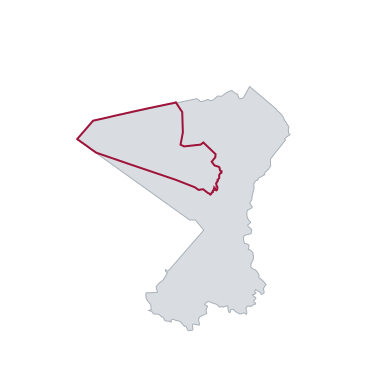 Tombouctou, Timbuktu, Mali shown in context, rotated 311°
{"feature_id": "8926073B54989133575544", "entity_name": "Tombouctou", "entity_type": "district", "adm_level": 2, "iso_a3": "MLI", "parent_name": "Mali", "parent_adm1": "Timbuktu", "projection": "robinson", "projection_center": [-3.022, 20.751], "detail": "fine", "context": "in_parent", "style": "outline", "palette": "rose", "viewbox_px": 384, "rotation_deg": 311, "n_neighbors": 0, "source": "geoboundaries", "source_scale": "gbopen_adm2", "svg_char_len": 6244}
<svg xmlns="http://www.w3.org/2000/svg" viewBox="0 0 384 384"><g transform="rotate(311 192 192)"><path d="M86.5,276.4L86.7,275.2L85.7,274.4L85.7,273.9L86.2,270.4L86.2,269.5L86.6,267.7L86.0,266.9L85.8,266.3L84.4,263.9L83.9,262.0L83.2,260.7L81.4,260.3L80.7,261.4L80.3,261.6L79.7,260.8L79.4,260.1L79.5,259.5L77.2,256.4L77.4,254.7L78.2,253.8L78.6,252.4L77.7,250.8L77.9,249.2L77.8,247.0L76.5,245.1L75.6,244.2L74.8,242.9L75.4,239.8L74.1,237.1L76.6,238.2L77.8,237.2L79.0,235.9L80.0,234.1L80.4,231.9L80.7,230.0L81.7,227.1L82.9,225.7L85.4,223.6L86.1,223.8L90.1,228.2L92.4,230.4L93.2,231.6L94.0,231.6L95.1,229.4L96.4,227.6L96.9,227.1L100.9,226.9L103.1,227.2L105.0,227.8L107.6,227.9L114.7,226.5L114.8,225.7L114.7,224.6L115.0,223.8L115.6,223.1L116.1,223.0L116.3,225.4L116.9,225.8L118.6,225.9L170.9,225.9L173.1,213.1L169.3,208.4L156.3,70.7L181.2,70.7L185.5,73.8L265.5,134.3L265.9,136.3L265.8,138.9L266.4,139.8L267.6,140.6L272.1,143.2L272.5,143.7L272.6,144.8L273.2,146.1L274.2,146.9L275.3,147.5L276.7,147.9L280.8,148.3L281.7,148.9L283.4,151.3L284.4,151.7L290.0,153.0L291.8,153.7L293.7,154.8L294.8,155.7L294.8,159.5L295.6,161.9L295.6,162.6L294.7,163.6L294.5,164.3L293.5,166.2L293.7,167.0L295.6,168.4L296.6,168.8L297.7,168.8L309.4,166.3L309.9,201.4L309.4,201.9L309.2,208.2L308.4,211.8L306.9,214.5L305.9,218.6L305.4,219.4L305.0,221.7L304.1,223.0L302.6,223.5L299.9,226.1L299.7,228.2L293.4,227.0L292.9,227.1L292.7,227.4L292.5,228.5L276.2,229.1L268.2,229.6L263.2,234.3L260.0,234.8L255.9,234.4L253.8,234.4L252.9,234.6L252.8,235.5L246.3,233.1L243.9,233.8L243.5,233.6L243.2,233.1L242.0,232.8L240.1,232.9L238.8,233.2L234.7,237.0L232.5,237.9L228.3,240.1L225.5,242.1L224.4,242.4L222.8,242.5L221.5,242.9L220.3,247.2L219.5,247.6L214.6,245.9L213.6,246.1L212.7,246.7L210.0,249.2L208.6,251.2L207.9,253.9L208.0,255.6L207.5,256.1L206.2,256.3L204.0,255.7L203.2,256.0L202.9,257.3L203.0,260.2L202.5,262.1L201.1,262.7L200.1,263.5L199.2,263.7L198.6,263.5L194.6,260.6L193.2,260.1L191.7,260.5L190.3,261.7L187.8,264.8L188.0,265.9L188.7,267.1L189.2,268.7L189.2,270.1L185.6,272.1L186.4,273.6L186.3,277.5L184.6,279.4L184.0,280.5L182.4,281.8L181.0,282.5L176.6,283.6L174.8,284.9L174.0,285.9L173.8,287.0L173.9,288.2L174.8,290.9L174.5,293.3L173.8,296.0L173.1,297.3L171.0,298.7L171.4,300.5L171.5,303.1L171.2,306.5L170.6,308.8L170.1,308.6L168.1,308.7L165.9,309.4L165.2,309.9L165.0,310.7L163.2,312.6L162.0,312.4L160.9,312.0L160.3,311.5L160.2,311.2L160.9,309.7L161.0,309.2L160.3,306.6L160.4,306.0L160.1,304.0L160.0,303.9L157.6,304.8L157.5,305.1L157.9,306.4L157.6,306.6L156.8,306.6L155.6,306.2L154.3,305.0L154.0,305.4L153.9,306.3L153.8,307.4L154.1,309.3L153.7,310.0L151.7,309.9L150.1,310.2L149.6,310.8L149.4,311.6L149.8,312.5L149.8,312.9L149.1,313.4L148.8,313.4L147.8,312.4L144.1,311.5L143.8,310.2L143.4,310.2L142.2,308.6L141.7,308.6L141.3,308.9L139.8,308.8L138.6,310.2L137.6,311.9L136.6,312.7L135.1,313.1L135.3,312.0L134.9,310.5L131.7,308.6L131.2,307.8L130.3,303.5L130.4,302.2L130.6,301.1L130.5,300.2L130.2,299.6L129.2,298.9L128.2,298.6L126.9,299.5L126.3,299.6L125.7,299.6L125.5,299.2L125.5,298.8L126.9,296.5L127.6,295.5L128.9,294.4L129.3,293.9L129.3,293.4L129.2,293.1L128.3,292.7L126.9,291.6L126.1,291.5L125.5,291.0L124.9,289.3L124.6,289.0L123.9,288.8L123.3,288.4L123.4,284.3L122.0,281.3L120.8,277.4L120.2,276.5L119.1,275.7L117.7,275.2L116.5,275.0L115.1,275.5L115.2,275.8L115.9,277.1L116.0,277.8L115.9,278.4L115.7,278.9L113.8,279.3L111.3,280.7L110.5,282.4L110.0,282.6L109.0,282.4L102.5,279.6L99.8,280.8L98.0,283.2L97.5,284.0L96.7,284.7L96.2,284.7L95.8,284.2L93.9,280.6L93.1,279.7L92.0,279.7L91.2,280.3L90.2,281.5L89.1,282.7L88.3,283.0L87.7,282.8L85.0,280.3L84.9,279.8L86.1,276.9L86.5,276.4Z" fill="#d9dde1" stroke="#a8b0b8" stroke-width="1"/><path d="M236.8,168.1L233.4,167.4L221.2,156.1L220.2,152.3L231.0,146.0L236.7,140.7L245.9,132.2L249.0,121.1L248.9,121.1L248.4,120.7L248.0,120.4L247.8,120.2L247.0,119.7L246.9,119.6L245.3,118.4L244.9,118.0L244.5,117.7L244.3,117.6L243.9,117.3L243.8,117.2L242.0,115.8L238.0,112.8L235.0,110.5L232.9,108.9L229.0,106.0L227.5,104.8L225.6,103.4L225.1,103.0L224.8,102.8L224.7,102.8L224.4,102.5L223.8,102.1L223.5,101.9L223.4,101.8L221.0,100.0L217.8,97.6L217.7,97.5L217.2,97.2L216.8,96.9L216.7,96.8L216.3,96.5L215.3,95.8L215.2,95.6L214.8,95.4L214.7,95.3L214.4,95.1L214.2,94.9L213.5,94.4L213.0,94.1L212.6,93.8L212.1,93.4L211.4,92.9L211.2,92.7L210.4,92.2L209.0,91.1L207.9,90.3L206.7,89.5L206.5,89.3L206.4,89.2L205.1,88.3L203.7,87.3L203.7,87.2L203.2,86.8L201.9,85.9L200.4,84.8L199.8,84.3L199.7,84.3L198.5,83.4L194.3,80.4L194.0,80.2L192.7,79.3L192.5,79.1L187.8,75.7L184.5,73.2L183.5,72.5L181.8,71.2L181.5,71.0L181.0,70.6L180.9,70.6L178.7,70.6L175.3,70.6L174.7,70.6L170.2,70.6L164.5,70.6L160.5,70.6L158.1,70.6L156.7,70.6L156.6,70.8L156.6,71.0L156.7,71.7L157.0,75.1L157.6,80.8L157.9,84.2L158.1,87.0L158.2,87.9L158.3,89.2L158.4,89.9L158.4,90.1L158.5,90.3L158.6,91.3L158.6,91.6L158.6,92.0L158.7,92.6L158.7,92.8L158.8,93.3L158.8,93.9L158.9,94.1L171.7,125.8L176.4,137.2L190.6,171.9L197.5,191.2L197.6,193.0L197.8,194.8L198.1,195.9L199.6,197.0L201.4,198.6L201.6,203.3L201.7,204.7L201.8,205.1L202.0,205.5L202.1,205.9L202.2,206.4L202.1,206.8L202.0,207.1L202.0,207.3L202.2,207.6L202.5,207.5L202.9,207.7L203.3,207.7L203.6,207.6L203.9,207.6L204.1,207.5L204.3,207.4L204.5,207.4L205.2,207.5L205.5,207.7L205.7,207.4L205.8,207.2L206.0,207.1L206.4,207.0L206.6,207.0L206.7,207.3L206.8,207.3L207.0,207.2L207.3,207.0L207.5,206.9L207.8,207.0L208.0,207.2L208.1,207.3L208.3,207.2L208.4,206.9L208.5,206.8L208.7,206.7L208.8,206.6L209.0,206.6L209.3,206.6L209.5,206.5L209.5,206.4L209.4,206.3L209.4,206.2L209.5,206.2L209.7,206.3L209.9,206.3L209.9,206.2L210.0,206.1L210.0,206.4L209.4,207.7L209.2,208.2L209.1,208.8L209.2,209.3L209.8,209.5L211.4,208.8L212.6,207.6L212.4,207.1L212.4,206.8L213.0,206.3L213.5,205.7L214.2,204.6L214.5,204.5L214.8,204.6L215.0,204.5L215.5,204.3L215.9,204.2L216.2,204.3L216.7,204.3L217.1,204.2L217.6,204.0L217.7,203.5L218.0,203.3L218.3,203.5L218.8,203.4L219.9,203.4L220.6,203.3L222.2,201.7L222.4,201.5L223.3,201.3L224.0,201.1L225.2,201.2L225.5,201.5L225.8,201.6L226.2,201.4L226.5,200.7L227.0,200.6L226.6,199.3L227.1,198.3L228.3,197.1L228.6,195.8L228.2,194.8L226.8,191.6L227.8,187.0L233.5,186.8L236.0,185.0L236.8,168.1Z" fill="none" stroke="#9f1239" stroke-width="2"/></g></svg>